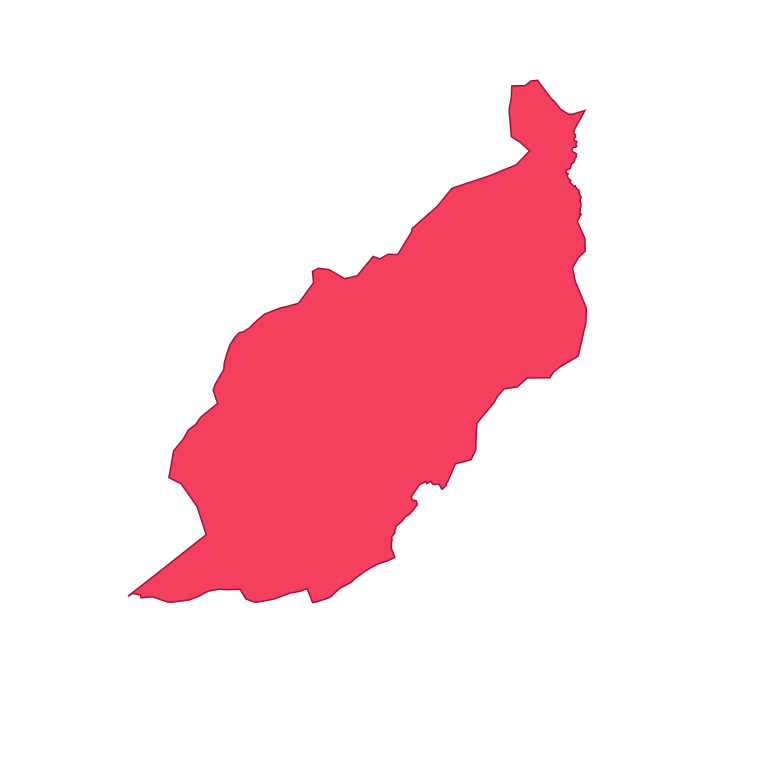 the district of Kokona, Nassarawa, Nigeria, rotated 228°
{"feature_id": "59680162B28903777440270", "entity_name": "Kokona", "entity_type": "district", "adm_level": 2, "iso_a3": "NGA", "parent_name": "Nigeria", "parent_adm1": "Nassarawa", "projection": "equal_earth", "projection_center": [8.04, 8.812], "detail": "fine", "context": "isolated", "style": "filled", "palette": "rose", "viewbox_px": 768, "rotation_deg": 228, "n_neighbors": 0, "source": "geoboundaries", "source_scale": "gbopen_adm2", "svg_char_len": 3262}
<svg xmlns="http://www.w3.org/2000/svg" viewBox="0 0 768 768"><g transform="rotate(228 384 384)"><path d="M397.6,51.7L396.6,56.9L393.6,59.4L390.4,61.5L390.0,61.7L389.4,61.3L387.7,60.4L380.9,69.5L367.1,77.1L365.1,79.1L363.7,80.5L360.6,85.0L358.6,87.9L353.8,94.9L351.4,101.5L350.4,103.9L349.1,109.1L347.6,114.9L341.9,124.2L335.6,130.3L331.2,135.6L327.8,139.6L322.3,138.6L316.6,137.6L308.2,142.0L306.1,144.9L304.0,147.9L299.4,155.7L297.8,158.5L295.2,164.9L291.5,174.2L289.3,177.7L286.3,182.6L284.4,187.2L283.2,190.1L281.3,189.2L277.8,187.8L273.2,186.2L270.5,185.0L269.3,184.7L267.7,187.2L263.4,196.6L261.6,201.7L261.8,214.0L258.6,226.9L258.8,233.1L257.6,243.8L256.7,249.4L254.4,258.8L251.4,266.0L250.1,268.4L248.0,276.1L257.1,279.6L261.0,283.2L261.7,283.9L262.6,285.6L263.4,286.1L264.5,286.8L265.3,287.7L265.7,289.8L266.2,292.6L267.4,293.3L268.8,295.9L270.2,297.7L270.0,304.7L270.4,307.9L271.0,311.1L270.3,315.6L270.6,321.1L271.8,325.8L271.9,327.9L272.8,328.4L275.6,329.8L277.2,328.8L277.4,327.7L279.5,327.7L281.8,328.6L285.5,342.8L285.1,343.9L283.7,350.0L283.1,349.6L281.3,349.1L280.7,353.1L279.7,353.6L278.5,353.2L276.4,353.5L275.0,354.9L274.4,356.3L273.0,357.5L272.0,357.5L270.4,357.4L269.4,357.6L268.9,356.8L266.9,356.6L266.8,358.5L267.0,361.0L267.2,362.7L268.8,364.1L268.8,366.1L276.8,383.4L276.9,383.6L269.5,398.0L273.6,408.0L282.6,416.6L292.6,426.8L293.8,434.3L296.5,453.1L298.9,460.0L300.1,469.9L292.6,481.1L292.7,494.4L277.6,511.5L279.5,517.8L278.9,526.3L274.8,547.0L294.6,575.2L304.9,585.1L332.2,594.8L344.0,601.7L347.8,612.7L348.2,622.5L357.6,630.6L374.7,636.2L375.9,637.0L376.8,640.2L377.6,641.5L377.9,643.4L378.6,644.2L379.6,643.3L380.3,644.2L381.9,646.3L382.8,646.3L383.6,648.3L385.4,650.3L388.3,652.0L390.0,653.4L391.1,655.6L394.1,656.3L395.2,656.2L395.9,657.7L396.9,657.8L397.9,658.5L398.9,658.3L400.1,657.8L401.0,658.3L401.7,657.9L402.6,658.3L403.4,658.7L403.7,657.5L406.3,657.3L409.0,657.1L410.2,657.5L410.0,658.8L410.9,659.1L412.1,658.5L414.0,658.7L415.8,659.2L417.1,661.6L417.9,661.4L418.2,660.1L419.6,660.6L420.7,662.8L420.5,664.2L419.6,665.5L419.6,666.9L422.2,670.6L421.7,673.1L422.5,675.3L424.0,676.8L424.1,679.2L425.2,679.5L425.8,680.9L427.9,680.7L429.5,679.8L431.0,679.9L433.1,681.1L433.0,683.4L431.7,684.8L431.7,686.1L432.4,686.8L433.6,686.8L434.5,688.7L435.1,689.6L437.6,688.2L438.7,688.8L439.6,691.7L440.8,692.8L444.1,693.0L446.1,696.9L452.8,716.3L458.4,704.6L460.9,701.7L469.4,699.2L480.6,699.6L485.4,699.3L507.0,701.3L510.9,695.9L511.3,688.4L520.0,678.5L511.6,670.2L503.9,660.2L492.4,651.6L482.5,644.1L472.3,647.0L459.8,648.2L458.4,629.0L465.4,609.4L467.8,602.6L483.9,565.6L482.7,557.4L480.4,542.8L480.7,509.1L478.3,505.5L475.8,497.0L471.0,480.8L477.7,473.9L479.7,464.7L486.1,461.3L482.3,436.5L488.7,425.1L505.4,419.9L513.8,412.8L515.5,406.2L506.4,399.4L501.1,374.5L509.8,357.8L512.8,350.0L515.8,342.1L516.2,331.5L515.7,321.3L516.4,317.6L516.9,314.4L518.7,311.3L519.0,308.7L518.5,304.1L516.1,295.7L512.4,288.7L506.4,279.2L501.9,274.6L496.8,258.5L493.8,253.0L480.9,247.3L481.9,226.8L482.0,226.6L481.3,222.6L479.9,216.7L480.8,208.1L477.4,198.1L475.1,182.9L467.6,173.4L458.7,161.9L458.5,161.4L445.7,166.5L418.0,163.1L394.9,152.8L391.0,151.1L395.1,87.1L397.1,59.1L397.6,51.7Z" fill="#f43f5e" stroke="#9f1239" stroke-width="1.5"/></g></svg>